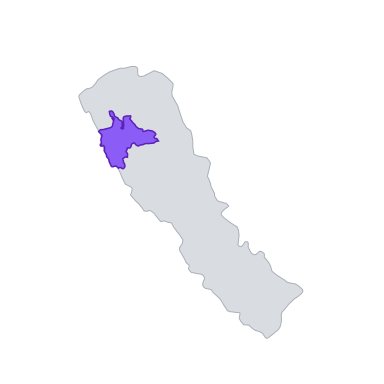 Bheri on a map of Nepal (Mercator projection), rotated 33°
{"feature_id": "NPL-1124", "entity_name": "Bheri", "entity_type": "District", "adm_level": 1, "iso_a3": "NPL", "parent_name": "Nepal", "parent_adm1": "", "projection": "mercator", "projection_center": [81.774, 28.487], "detail": "fine", "context": "in_parent", "style": "filled", "palette": "violet", "viewbox_px": 384, "rotation_deg": 33, "n_neighbors": 0, "source": "natural_earth", "source_scale": "10m", "svg_char_len": 5535}
<svg xmlns="http://www.w3.org/2000/svg" viewBox="0 0 384 384"><g transform="rotate(33 192 192)"><path d="M337.5,213.5L339.0,214.7L339.2,216.5L338.9,218.5L337.4,222.9L336.0,226.0L334.4,232.5L333.0,243.7L333.3,245.7L337.6,252.1L339.3,257.1L339.4,260.4L337.6,266.0L335.5,272.4L334.5,273.8L333.4,274.3L328.1,272.1L324.4,272.4L320.2,273.7L315.8,273.4L312.2,272.7L307.6,275.2L303.3,273.8L300.4,272.3L298.6,267.9L297.8,267.3L288.6,271.9L286.3,272.2L280.6,269.7L275.9,267.3L274.1,266.5L269.6,265.6L265.5,265.0L261.1,263.5L255.6,265.5L253.4,265.3L251.3,263.9L250.2,260.9L249.9,258.1L248.1,256.2L245.1,255.7L241.1,257.5L235.1,259.8L233.2,259.4L231.5,258.7L230.8,258.1L230.0,255.5L229.0,254.9L227.7,254.8L225.2,254.2L222.2,252.2L213.0,247.5L211.9,245.5L211.9,240.9L211.4,239.0L210.3,237.0L205.6,235.0L196.5,231.7L191.4,229.1L189.0,230.3L184.4,231.4L181.9,233.8L178.9,233.0L171.8,230.5L168.0,230.2L165.7,231.0L165.2,232.4L162.3,234.0L159.5,232.8L154.1,231.0L149.3,230.1L142.1,228.0L141.3,224.8L140.0,221.6L138.3,221.1L131.8,221.7L125.9,218.2L119.5,213.8L116.8,212.3L115.0,211.8L113.4,212.4L111.7,213.4L110.1,213.7L106.6,211.8L102.2,209.0L96.7,205.6L90.4,200.9L87.7,198.3L86.6,196.3L85.2,194.4L79.7,191.3L75.3,188.9L70.0,185.9L69.1,185.3L67.1,183.6L64.0,181.4L61.5,180.7L60.7,182.0L60.1,183.2L57.9,182.9L54.5,180.7L50.9,178.3L48.1,176.1L45.3,173.9L44.6,172.2L45.8,167.1L47.5,162.7L48.9,161.7L51.2,158.7L52.0,153.6L52.0,149.2L54.2,143.0L57.3,136.4L62.7,129.3L65.0,126.9L67.6,125.3L72.5,120.1L73.5,119.2L75.7,117.8L77.8,117.5L79.4,118.2L81.1,120.9L83.1,123.5L85.5,123.4L88.3,121.2L94.2,110.9L102.4,108.8L110.1,109.8L117.0,111.3L119.0,114.8L120.3,118.4L121.2,120.2L123.4,122.4L133.1,127.5L138.7,132.2L146.5,138.3L152.3,141.1L157.4,141.3L160.3,143.7L164.7,148.6L168.4,154.1L173.0,159.2L176.2,159.0L180.5,157.4L185.8,155.2L188.9,156.3L191.8,157.7L192.8,160.3L194.5,165.3L196.4,170.5L199.5,172.3L203.1,175.0L205.0,177.1L211.8,181.0L212.7,182.5L214.1,183.6L215.7,184.3L217.1,185.1L219.2,185.4L227.0,183.0L229.1,183.3L230.3,183.8L230.3,184.6L228.9,188.2L227.7,192.9L228.9,195.2L232.2,196.1L239.4,196.8L249.1,196.8L252.1,199.1L255.0,202.6L258.0,208.6L259.2,211.2L260.6,211.9L263.2,210.9L263.6,208.4L263.7,204.8L265.8,203.5L267.2,204.4L268.8,207.3L272.8,209.9L275.7,211.1L278.5,210.7L279.6,209.7L281.0,204.7L283.2,204.0L285.9,204.3L287.0,205.3L288.1,207.3L291.5,208.2L294.8,209.5L297.9,211.1L302.3,214.9L307.8,215.5L314.1,215.5L317.4,215.5L319.8,215.8L322.0,215.6L328.5,212.9L331.1,212.7L334.4,213.0L337.5,213.5Z" fill="#d9dde1" stroke="#a8b0b8" stroke-width="1"/><path d="M117.2,212.1L116.4,211.8L114.5,211.6L113.5,212.1L112.0,213.8L111.2,214.4L110.2,214.3L109.2,213.7L108.2,213.0L106.3,211.9L104.9,210.4L104.1,209.7L103.3,209.4L101.4,209.0L100.7,208.4L100.2,207.7L99.5,207.1L96.3,205.5L95.7,205.0L95.6,204.6L95.5,204.2L95.4,203.6L94.9,202.9L94.2,202.2L93.5,201.6L92.6,201.3L92.1,201.4L91.8,201.8L91.7,202.3L91.4,202.7L90.8,203.0L90.2,203.1L89.8,202.9L89.9,202.3L89.4,202.2L89.1,201.9L89.3,201.5L89.8,201.3L89.3,200.3L87.2,197.9L86.7,196.7L86.0,194.3L85.2,193.3L84.4,192.9L80.8,192.2L80.8,191.5L81.2,189.9L81.6,189.3L82.8,188.6L83.3,188.2L88.4,182.7L88.6,182.3L88.9,181.9L89.2,181.0L89.3,180.2L89.1,179.4L88.0,176.7L87.6,175.4L87.4,174.1L87.0,173.4L86.5,173.0L86.0,172.7L86.1,173.2L86.6,174.1L86.7,174.7L85.3,173.8L84.9,173.9L84.4,172.8L84.0,172.4L83.5,172.5L83.0,172.8L82.5,172.9L81.9,172.5L80.6,171.4L78.8,169.5L79.0,169.0L79.6,168.5L80.3,168.0L81.0,167.8L81.8,167.9L82.5,168.2L84.0,169.0L85.9,170.5L86.6,170.7L89.0,170.3L89.8,170.4L90.2,170.6L91.0,171.1L91.4,171.2L94.5,170.8L95.1,171.1L95.7,171.8L96.3,173.0L97.8,174.8L97.7,176.1L98.1,176.3L98.2,176.6L97.7,177.0L98.1,177.3L98.4,177.2L99.0,177.0L99.9,176.4L99.8,175.9L99.3,175.4L99.0,174.8L98.8,173.8L98.3,173.0L97.0,171.5L95.1,168.7L94.6,168.4L94.1,167.6L93.9,166.7L94.0,165.8L95.7,163.9L96.1,163.6L96.6,163.4L99.0,161.6L99.9,162.7L100.0,163.8L99.9,164.2L99.9,164.5L100.2,164.7L100.8,164.9L102.1,165.1L105.1,166.2L107.1,166.5L107.7,166.7L108.2,167.0L109.0,167.4L109.8,167.6L112.7,167.9L116.0,166.4L116.7,166.6L116.8,166.8L117.0,166.8L117.2,167.3L117.4,167.6L117.7,167.7L118.2,167.7L118.6,167.5L119.2,166.9L119.4,166.5L119.6,166.2L119.9,165.9L120.3,165.6L120.5,165.4L120.9,164.6L121.2,164.4L121.6,164.1L125.2,162.5L125.7,162.4L128.5,162.4L130.1,163.2L130.3,163.7L130.3,164.1L130.3,164.4L130.2,164.8L130.2,165.2L130.1,165.4L130.0,165.9L130.0,166.1L130.1,166.4L130.2,166.6L130.4,166.7L131.2,167.1L131.5,167.1L131.8,167.2L132.2,167.0L132.5,166.9L132.7,166.7L133.1,166.5L133.9,166.5L136.1,167.5L134.4,169.0L133.9,170.1L133.8,170.7L133.5,171.4L133.0,172.0L129.1,175.1L127.0,176.4L126.5,176.8L125.2,178.8L124.5,179.6L124.0,179.9L123.4,180.3L123.1,180.6L122.9,180.9L122.2,182.4L121.3,182.9L119.7,183.0L119.1,182.9L118.6,182.8L117.0,182.1L115.7,183.7L115.5,184.3L115.3,185.0L115.4,185.3L115.9,186.6L116.1,187.2L116.1,188.1L116.0,188.6L115.7,189.1L115.5,189.3L115.3,189.4L114.4,189.8L114.1,190.0L113.8,190.3L113.8,190.6L113.9,191.0L114.2,191.2L114.4,191.6L114.5,192.1L114.5,193.6L114.7,194.0L116.9,194.9L117.7,195.7L118.1,196.7L118.9,198.0L116.9,199.0L116.4,200.5L116.0,201.2L115.9,201.6L116.0,202.1L116.3,202.4L117.5,203.3L117.8,203.6L118.4,204.4L118.6,204.7L118.9,204.7L119.2,204.8L119.6,204.8L119.9,205.0L121.5,206.5L121.8,207.1L122.0,207.6L122.0,208.2L121.9,209.1L121.9,209.3L121.8,209.6L121.7,209.7L121.5,210.0L121.2,210.1L120.9,210.3L120.1,210.4L119.8,210.4L119.1,210.3L118.9,210.3L118.7,210.4L118.6,210.5L117.4,211.6L117.2,212.1L117.2,212.1Z" fill="#8b5cf6" stroke="#5b21b6" stroke-width="1.5"/></g></svg>